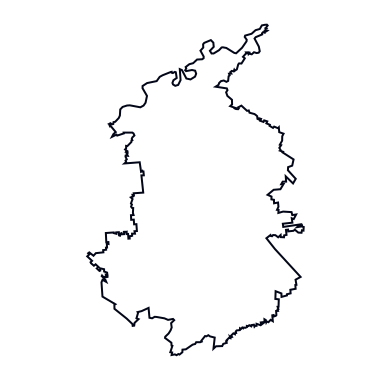 outline of Acayucan, Veracruz, Mexico, rotated 86°
{"feature_id": "50627088B90009998079427", "entity_name": "Acayucan", "entity_type": "district", "adm_level": 2, "iso_a3": "MEX", "parent_name": "Mexico", "parent_adm1": "Veracruz", "projection": "robinson", "projection_center": [-95.057, 18.028], "detail": "fine", "context": "isolated", "style": "outline", "palette": "ink", "viewbox_px": 384, "rotation_deg": 86, "n_neighbors": 0, "source": "geoboundaries", "source_scale": "gbopen_adm2", "svg_char_len": 5981}
<svg xmlns="http://www.w3.org/2000/svg" viewBox="0 0 384 384"><g transform="rotate(86 192 192)"><path d="M241.7,103.1L241.4,100.7L236.3,100.9L236.2,98.8L238.0,98.7L237.8,93.6L236.8,92.0L239.9,88.8L240.3,85.6L237.9,85.0L238.3,83.5L234.7,83.0L234.2,84.5L232.7,84.6L232.6,85.9L234.1,86.2L234.4,89.6L231.9,86.7L233.2,103.4L230.0,103.6L229.6,94.0L225.2,94.3L226.1,92.4L221.7,89.7L222.0,93.6L219.0,94.1L217.9,102.5L218.9,107.3L215.9,106.9L215.7,108.4L212.8,106.8L208.5,106.9L209.0,110.9L205.5,110.8L204.9,113.3L202.1,113.0L200.1,116.8L195.5,110.4L195.4,103.6L190.4,100.1L190.4,102.4L188.0,100.8L188.2,97.4L182.9,97.4L190.5,90.6L186.1,87.6L177.0,94.8L173.9,94.4L172.7,90.2L166.6,88.4L158.8,98.9L158.2,98.4L157.0,101.1L156.7,100.5L154.1,101.8L151.5,99.8L151.0,101.1L147.1,98.5L142.7,98.1L140.2,96.6L138.4,100.8L133.6,100.9L134.4,101.7L132.5,105.5L133.7,106.7L131.4,110.0L130.4,109.6L128.7,113.0L126.8,112.0L125.6,115.0L127.1,115.8L125.7,119.0L123.9,118.0L123.2,119.8L124.3,120.3L123.6,121.6L120.9,121.7L119.8,122.8L118.6,124.2L116.9,129.1L114.6,129.7L114.9,131.4L109.3,136.7L110.8,140.1L111.8,139.5L112.6,140.2L112.3,142.3L111.7,143.4L111.2,142.8L109.0,147.9L107.4,145.9L102.8,145.7L98.6,150.0L94.9,151.0L92.9,149.5L91.1,150.0L88.6,161.1L87.0,158.1L85.1,157.3L83.4,155.3L83.0,152.5L84.5,150.0L83.7,148.2L79.1,147.4L78.3,146.3L76.6,146.8L76.6,144.6L75.1,145.4L74.0,143.9L74.6,142.0L73.0,141.3L74.0,140.8L72.8,138.7L68.0,137.0L67.0,136.1L67.3,133.7L62.3,130.0L60.7,131.7L57.1,128.0L56.5,128.3L56.6,126.5L57.5,127.1L57.4,125.8L58.3,125.8L57.4,124.7L58.3,124.4L58.8,122.8L56.9,120.4L57.9,117.8L57.7,115.8L56.3,114.6L51.6,115.2L43.3,118.9L42.0,117.7L39.7,111.0L38.6,111.1L37.5,109.9L38.1,108.5L36.9,108.4L37.4,107.7L36.4,105.8L35.9,107.4L33.9,107.4L33.9,106.4L33.4,106.8L31.2,104.9L30.3,105.6L30.3,107.7L30.7,110.7L34.1,113.0L35.0,117.3L38.3,121.5L39.7,128.1L41.0,128.6L43.9,126.8L45.5,127.1L51.6,132.0L56.7,138.3L56.2,140.1L50.7,147.7L49.8,151.2L49.9,152.4L52.4,155.1L55.3,160.7L55.2,162.8L52.4,164.3L48.7,160.2L44.5,160.3L41.8,162.6L44.1,169.4L45.4,170.6L48.7,170.7L51.6,173.7L57.7,170.9L59.4,171.1L60.3,172.6L60.2,177.7L63.6,181.9L64.3,185.7L66.9,189.6L68.2,189.1L70.1,190.3L71.0,189.5L70.3,183.5L71.2,180.4L74.3,179.6L77.1,180.9L79.6,185.6L78.4,189.7L69.7,193.5L68.6,195.6L79.6,195.6L84.2,198.3L84.9,201.3L83.4,203.4L81.8,203.9L79.2,202.7L77.2,199.3L71.4,199.8L71.0,200.7L72.0,202.8L71.6,203.9L70.7,203.9L70.8,204.8L73.5,213.2L74.9,216.2L78.9,219.5L80.2,229.2L82.8,233.9L85.0,234.1L93.0,230.2L99.7,232.1L102.4,234.3L103.9,237.6L101.2,248.0L101.2,250.8L102.3,255.3L104.6,257.8L110.7,258.6L113.1,259.9L116.6,263.7L116.8,265.4L118.7,265.8L118.9,267.0L117.7,268.6L118.3,269.9L118.8,269.1L119.3,269.7L120.8,269.2L120.5,268.5L126.9,263.9L128.7,266.3L131.4,268.0L129.5,263.3L130.5,262.7L128.8,255.9L128.0,256.0L128.6,247.3L129.6,246.2L131.6,245.5L133.4,247.7L134.8,248.4L136.2,247.9L136.5,248.8L137.9,249.0L141.7,253.3L141.4,254.5L143.9,254.7L144.9,255.8L146.2,254.3L147.1,254.9L147.1,253.5L148.4,253.5L148.3,254.7L151.4,253.5L150.8,256.5L151.4,255.2L152.3,255.8L154.9,254.8L156.0,256.1L157.5,255.6L158.8,257.3L158.7,242.1L168.2,241.4L167.5,240.1L168.2,240.0L168.2,239.0L172.0,238.9L171.9,241.3L189.2,240.7L189.2,250.3L191.3,250.2L190.9,251.5L192.4,251.2L193.1,253.4L194.9,251.8L199.2,253.7L200.3,252.8L202.4,253.8L203.8,252.8L203.9,251.8L208.8,252.4L210.9,251.9L210.9,254.5L215.5,254.6L215.5,252.0L220.2,252.0L220.2,249.7L227.1,249.7L227.1,252.1L229.6,251.8L229.4,254.7L232.4,254.8L231.7,254.8L231.7,257.4L234.1,257.4L234.1,258.7L229.4,258.7L229.4,260.0L228.4,260.0L229.0,260.5L227.1,260.0L227.0,262.6L229.3,262.6L229.3,265.2L228.1,265.2L228.4,266.1L230.6,266.9L230.2,267.8L227.0,267.8L227.0,270.4L228.4,270.4L227.5,273.0L226.9,273.0L226.9,280.8L236.1,281.0L236.1,278.9L238.0,278.9L237.4,280.6L241.5,280.6L241.5,281.7L243.6,281.7L243.8,284.7L246.0,284.6L246.3,292.2L248.7,294.7L245.1,298.7L245.9,299.9L247.2,298.9L248.9,301.0L253.7,296.5L255.0,298.1L256.0,297.7L258.7,295.0L257.4,293.2L260.3,290.5L261.6,292.3L264.3,289.8L264.0,289.0L261.7,289.0L262.9,285.1L265.2,285.2L266.5,282.3L268.7,282.2L268.4,283.7L269.5,283.5L269.5,282.1L270.8,282.2L271.0,283.5L270.0,287.1L269.1,287.6L269.6,287.9L273.4,284.6L275.7,283.8L273.4,287.4L275.8,288.6L290.1,288.6L298.6,276.3L299.1,277.3L303.1,277.5L313.7,266.0L319.6,260.6L321.4,260.5L321.3,259.0L318.5,258.4L315.1,254.2L314.1,256.2L308.7,254.2L308.0,254.6L307.3,250.6L304.6,243.4L314.5,243.2L315.2,240.6L313.9,237.9L314.2,236.0L316.1,228.3L317.9,224.8L317.3,219.8L318.1,219.1L318.6,218.7L321.4,222.0L325.7,221.7L328.5,223.0L331.5,225.2L334.5,228.8L335.7,229.1L340.9,223.1L343.8,223.1L344.1,222.3L350.3,224.8L350.7,223.0L353.2,223.7L352.8,220.4L353.7,218.8L352.7,216.9L353.3,215.8L351.2,212.8L348.6,212.5L348.5,209.1L344.3,202.0L343.8,199.4L342.1,198.3L342.4,194.2L341.9,192.7L341.1,193.1L336.6,189.0L337.0,187.7L336.0,185.7L337.3,184.1L338.8,179.5L349.8,181.5L347.6,178.8L347.8,172.6L345.7,171.4L344.9,167.9L343.2,168.4L342.7,167.4L342.1,167.6L340.1,165.3L340.5,164.0L339.3,164.2L339.9,163.7L339.4,162.2L338.1,163.1L335.9,160.6L336.9,159.1L335.8,158.9L335.7,157.8L334.2,158.1L333.2,157.1L333.1,153.9L331.3,153.6L332.0,152.6L330.7,151.3L331.6,150.4L330.8,149.6L331.2,148.3L330.6,146.6L329.4,146.6L329.7,145.2L328.9,144.2L330.2,142.2L329.4,141.7L329.0,142.8L328.7,139.5L330.7,139.1L329.8,138.2L330.0,137.0L328.0,136.8L329.7,132.8L328.5,131.0L328.4,132.3L326.9,132.5L326.7,128.7L324.0,128.6L324.9,127.3L327.2,127.0L326.4,126.5L327.2,124.8L325.0,122.5L326.5,120.4L320.6,120.5L320.4,119.1L321.8,118.7L321.4,117.1L320.7,116.4L316.6,116.4L316.6,114.5L315.2,114.9L314.9,114.0L312.5,114.6L312.5,113.7L305.1,112.9L304.5,116.3L296.8,115.5L299.4,109.9L302.9,110.0L301.8,104.5L300.6,104.4L300.0,100.7L296.4,100.7L295.8,95.4L292.0,95.4L291.9,94.3L286.7,94.8L284.3,89.6L254.7,113.2L243.3,121.0L240.4,116.7L241.4,116.4L241.7,115.2L240.6,114.1L240.9,111.8L243.2,109.2L241.1,106.6L243.2,106.6L243.6,103.4L241.7,103.1Z" fill="none" stroke="#020617" stroke-width="2"/></g></svg>